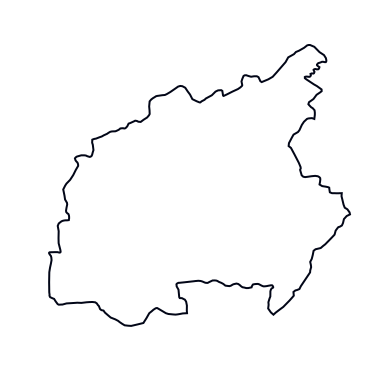 Son La, Son La, Vietnam (Equal Earth projection), rotated 263°
{"feature_id": "81297802B47097666741506", "entity_name": "Son La", "entity_type": "district", "adm_level": 2, "iso_a3": "VNM", "parent_name": "Vietnam", "parent_adm1": "Son La", "projection": "equal_earth", "projection_center": [103.913, 21.343], "detail": "fine", "context": "isolated", "style": "outline", "palette": "ink", "viewbox_px": 384, "rotation_deg": 263, "n_neighbors": 0, "source": "geoboundaries", "source_scale": "gbopen_adm2", "svg_char_len": 5375}
<svg xmlns="http://www.w3.org/2000/svg" viewBox="0 0 384 384"><g transform="rotate(263 192 192)"><path d="M291.7,174.2L291.6,170.1L291.6,169.1L291.4,167.9L290.7,166.5L290.0,164.9L288.8,162.8L287.1,161.0L282.1,159.9L278.2,159.8L274.6,159.5L273.3,158.6L272.5,157.7L271.4,156.5L269.7,152.9L267.8,149.6L268.3,147.3L269.2,146.0L269.7,144.3L269.2,143.0L268.0,139.2L267.6,137.4L265.0,135.7L263.7,134.1L263.3,133.2L263.3,132.4L263.7,131.4L263.8,130.3L263.8,128.6L262.8,127.1L262.2,125.5L261.6,123.5L261.7,122.0L261.9,120.0L261.7,118.1L260.9,116.3L260.1,114.8L259.0,111.3L258.1,109.2L257.6,106.8L256.7,103.3L256.6,101.5L256.3,100.1L256.1,99.4L253.1,98.9L251.0,99.3L245.6,99.3L243.4,98.3L241.1,97.4L239.9,96.6L239.4,95.6L239.3,94.7L240.3,92.4L241.1,91.2L241.5,89.7L241.9,86.6L241.2,82.1L240.6,80.9L239.7,79.9L237.8,80.2L236.6,80.8L235.2,81.9L233.5,82.3L231.8,82.2L228.0,79.3L223.3,76.2L218.9,72.5L215.6,68.4L213.8,66.9L210.2,64.5L203.9,65.0L200.0,65.1L196.5,66.6L194.8,66.6L191.9,65.6L188.9,64.7L187.5,64.7L186.1,65.6L185.3,66.6L183.8,67.0L182.4,67.0L181.4,66.9L180.7,66.8L179.1,66.3L179.1,64.6L179.3,63.1L179.3,61.5L179.1,59.8L178.6,58.5L177.0,55.9L174.7,54.6L169.4,54.9L162.5,53.9L157.4,53.4L150.3,54.3L148.6,54.3L148.1,53.9L148.0,53.0L148.7,51.2L149.3,46.0L149.4,44.5L149.5,43.3L149.2,42.8L148.4,42.7L146.8,43.5L145.6,44.2L144.0,44.4L141.5,44.3L138.0,43.2L134.3,41.9L129.8,40.6L119.9,39.2L114.4,38.6L109.9,38.1L107.2,38.1L106.4,37.9L104.9,38.4L104.0,39.8L103.4,40.8L102.7,42.1L100.1,43.3L97.1,45.0L96.4,46.0L96.1,49.8L96.7,53.9L96.4,58.7L96.1,64.0L96.1,64.5L95.4,68.7L95.4,73.9L95.2,77.4L94.9,80.1L94.3,82.5L93.1,83.9L91.3,84.8L90.1,85.7L87.0,86.5L85.8,87.7L85.1,89.7L82.9,90.9L80.0,93.5L77.3,96.0L74.9,100.4L73.0,103.1L71.8,104.2L69.7,106.6L67.9,108.9L67.1,112.2L66.5,115.3L67.2,121.9L67.3,122.7L67.9,127.8L68.4,128.2L69.4,129.0L72.3,131.4L76.9,134.8L78.7,137.7L79.8,139.3L80.7,141.1L81.1,142.2L81.1,143.2L80.4,144.2L76.7,149.0L74.9,151.3L73.8,153.7L73.2,156.5L72.7,158.7L72.3,160.9L72.3,163.0L72.4,165.1L72.6,168.1L72.3,172.3L74.9,172.4L79.9,173.1L83.9,172.8L86.0,171.8L87.9,169.0L88.2,166.9L89.2,166.5L96.7,166.7L100.1,165.3L102.2,165.3L102.7,165.6L103.1,166.3L103.5,167.4L103.4,168.7L103.3,173.3L103.2,182.5L103.2,184.6L103.1,187.5L102.6,189.8L101.9,191.4L100.6,193.6L100.2,194.5L99.9,196.1L99.9,196.6L100.5,198.1L101.7,201.7L101.5,203.5L101.2,205.1L100.6,206.4L99.6,207.6L98.2,210.1L96.9,211.9L95.0,213.7L94.4,216.0L94.0,217.8L94.3,219.3L95.1,221.0L95.4,222.0L95.7,224.9L95.1,226.6L93.9,228.0L92.8,228.9L91.9,229.8L91.3,230.6L90.8,232.2L90.0,234.2L89.8,236.2L89.9,237.2L90.1,239.5L90.9,239.8L92.7,241.1L92.9,242.2L92.9,244.4L92.7,246.3L92.2,247.4L90.7,249.5L90.1,250.5L89.7,251.3L89.5,252.9L89.5,254.8L89.6,256.0L89.7,257.4L89.7,258.0L89.8,258.7L89.7,259.4L89.7,259.9L89.5,260.3L89.1,260.6L87.9,261.0L87.5,261.0L87.2,260.8L86.5,259.2L85.5,258.4L83.9,257.7L81.6,257.4L78.7,257.0L76.9,256.0L73.3,254.4L70.7,254.3L67.1,253.4L62.9,255.6L60.3,257.9L62.1,260.4L64.9,265.2L66.8,268.6L72.4,275.6L75.5,279.1L76.7,280.4L80.4,280.5L81.7,282.6L81.9,284.2L82.2,285.4L82.6,286.8L85.2,288.5L97.8,299.4L99.8,299.8L102.9,301.1L105.2,301.1L108.2,300.8L108.5,301.0L111.0,302.7L114.8,304.2L118.8,305.5L120.1,307.6L120.7,312.9L122.5,315.6L123.8,317.8L129.4,324.8L132.3,328.3L136.2,329.9L138.4,332.0L139.3,333.0L139.5,334.4L140.5,336.7L142.8,338.1L146.6,339.5L149.3,342.6L150.5,346.1L152.6,345.9L155.9,344.1L157.8,341.7L160.9,340.9L166.2,340.3L169.6,339.9L172.6,340.5L173.0,336.3L173.8,330.7L174.9,328.8L176.9,328.7L179.6,328.7L180.2,327.7L180.9,325.7L182.0,321.9L183.9,319.5L184.3,319.6L186.4,320.3L188.9,320.9L190.2,320.9L191.0,320.4L191.5,319.9L192.3,318.8L193.0,316.2L193.1,312.4L193.0,308.6L193.0,306.1L193.6,304.3L195.2,302.9L200.8,302.0L202.2,302.8L203.6,302.8L207.9,301.6L216.5,298.4L223.7,295.6L225.0,294.3L225.8,293.5L228.7,294.2L233.9,297.8L236.6,299.8L238.6,304.5L240.3,306.2L245.2,309.2L248.1,311.7L250.5,315.0L250.8,316.3L250.8,318.0L250.7,320.1L249.6,322.3L253.5,323.3L255.8,323.6L258.2,323.6L260.5,322.0L261.6,320.6L264.0,318.8L265.0,318.2L266.9,319.1L269.5,323.9L273.3,327.5L275.4,331.6L276.3,333.0L278.0,333.1L281.9,328.9L283.9,326.2L288.2,321.2L289.9,319.2L290.4,318.7L291.2,317.9L292.4,318.0L292.6,318.5L292.6,319.9L292.0,322.3L292.1,323.1L293.0,324.1L293.8,324.2L294.4,324.1L294.7,324.0L295.1,325.0L294.9,326.3L294.8,327.1L295.0,327.5L296.3,328.2L297.7,327.7L298.4,327.5L298.7,327.8L299.0,328.6L299.0,329.6L298.5,330.9L298.4,332.1L299.0,333.1L300.4,333.7L301.8,332.1L302.7,331.5L303.3,331.6L304.5,333.0L304.9,335.3L305.4,336.9L305.3,337.9L304.7,339.6L304.6,340.6L305.1,341.1L306.3,341.4L308.6,341.2L309.0,341.0L311.8,339.7L315.3,335.6L321.2,331.1L323.5,327.1L323.7,325.8L323.5,324.2L321.5,320.9L319.2,315.4L318.3,312.2L316.4,310.0L313.9,303.9L309.5,300.7L300.3,290.5L296.5,286.1L294.5,281.4L292.6,274.6L293.6,273.4L297.9,272.0L299.0,270.4L299.3,267.7L299.2,264.7L300.2,262.3L301.3,260.0L301.4,258.5L300.9,257.3L298.1,255.7L295.7,254.6L291.9,254.9L291.2,254.5L289.9,252.7L288.6,250.2L286.7,244.3L284.6,238.5L283.5,235.1L283.9,234.6L288.7,234.4L289.5,233.4L289.7,230.3L288.8,227.6L285.6,223.5L283.1,217.1L282.0,215.7L280.8,212.5L279.9,211.2L280.0,210.4L281.5,207.7L284.1,203.7L289.0,201.9L292.3,200.0L296.3,198.0L297.3,196.6L298.2,195.3L298.7,193.2L298.3,191.0L297.1,188.8L293.9,182.7L292.2,178.8L291.6,176.9L291.7,174.2Z" fill="none" stroke="#020617" stroke-width="2"/></g></svg>